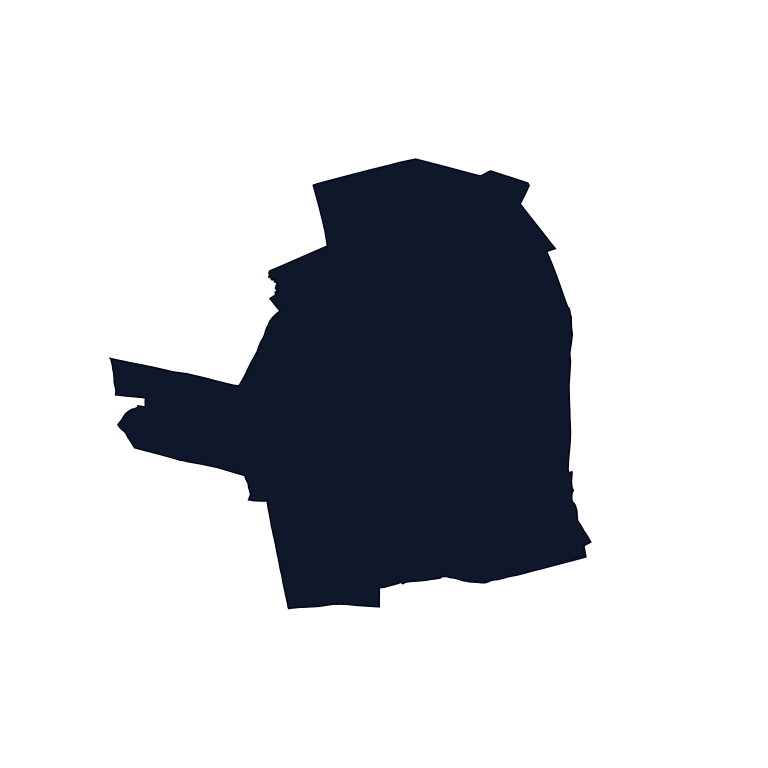 the district of Pochidia, Galati, Romania, rotated 206°
{"feature_id": "2599482B31598853043791", "entity_name": "Pochidia", "entity_type": "district", "adm_level": 2, "iso_a3": "ROU", "parent_name": "Romania", "parent_adm1": "Galati", "projection": "natural_earth1", "projection_center": [27.58, 46.045], "detail": "fine", "context": "isolated", "style": "filled", "palette": "ink", "viewbox_px": 768, "rotation_deg": 206, "n_neighbors": 0, "source": "geoboundaries", "source_scale": "gbopen_adm2", "svg_char_len": 6147}
<svg xmlns="http://www.w3.org/2000/svg" viewBox="0 0 768 768"><g transform="rotate(206 384 384)"><path d="M454.9,220.5L454.2,220.8L453.1,221.3L451.8,221.5L450.7,221.8L449.2,222.3L445.1,224.1L441.0,226.0L437.9,227.6L437.3,226.9L434.9,223.5L432.8,220.5L430.1,217.0L427.7,213.7L424.7,209.6L422.2,206.1L420.1,203.7L418.1,200.9L415.9,198.3L411.0,192.0L408.2,188.2L405.5,184.6L401.6,179.7L399.4,176.7L398.1,174.9L394.6,170.3L392.1,167.5L388.4,162.2L386.8,160.1L384.9,157.7L382.0,153.9L376.8,147.4L374.4,144.4L372.4,141.5L371.3,140.4L369.7,141.5L362.6,145.9L358.7,148.0L353.7,150.8L352.1,151.7L348.9,153.4L346.6,154.8L345.4,155.4L341.4,158.1L340.4,158.8L338.0,160.5L336.5,161.5L333.1,163.9L329.1,165.7L327.5,166.7L324.7,167.9L320.1,170.0L316.1,171.4L312.0,172.9L305.8,175.4L301.6,177.1L298.5,178.4L294.2,180.1L290.6,181.7L292.4,185.4L294.3,189.2L295.4,191.6L296.8,194.5L298.9,198.6L297.5,199.6L295.7,200.8L294.1,201.9L291.6,204.3L289.1,206.3L286.8,208.4L284.2,210.7L283.5,211.3L282.7,212.4L282.2,212.9L281.5,213.0L280.8,212.9L280.0,212.9L279.6,212.7L278.4,214.4L277.8,215.3L277.5,215.6L276.9,215.8L276.0,216.6L273.3,218.3L270.0,220.2L268.2,221.2L265.6,222.8L263.1,224.3L260.9,225.6L259.6,226.5L256.8,228.6L255.3,229.6L252.9,231.1L250.6,232.7L249.3,233.7L248.4,234.5L247.8,235.2L247.5,235.7L247.4,236.2L247.2,236.8L246.9,236.8L246.1,237.0L245.3,237.4L244.3,238.0L243.3,238.6L242.9,238.5L241.4,238.7L238.5,239.4L237.0,240.0L235.6,240.4L232.4,241.1L230.3,241.4L227.4,241.8L225.7,242.2L224.4,242.6L222.6,243.2L221.1,243.5L219.9,243.9L218.6,244.4L216.1,245.5L214.2,246.3L212.1,247.1L209.8,247.9L208.3,248.5L206.7,249.3L205.4,250.2L203.9,251.6L202.2,253.7L201.5,254.4L200.2,255.5L196.8,257.6L193.2,260.5L187.5,265.5L179.9,271.2L169.9,279.9L156.1,291.7L151.5,295.7L144.6,301.6L130.2,314.0L126.9,316.9L126.8,317.3L133.4,326.2L128.9,332.6L133.0,335.4L137.3,338.1L140.3,339.8L144.6,342.9L146.2,343.8L150.0,346.0L151.0,347.3L154.9,354.3L155.8,355.5L158.9,358.8L160.7,359.9L162.7,360.6L163.5,361.1L165.0,363.3L166.3,366.1L167.2,368.4L167.3,369.6L167.1,371.0L167.2,371.4L169.1,372.8L171.2,375.7L173.2,379.4L174.8,383.6L176.4,387.3L176.9,387.4L177.2,387.3L177.4,386.5L177.5,385.4L177.6,385.1L177.8,384.9L178.1,385.0L178.7,385.3L180.9,387.5L182.6,391.3L183.9,394.3L186.2,400.2L191.7,414.6L195.3,422.5L197.4,426.6L201.3,433.6L202.4,435.7L206.0,442.7L207.9,446.2L210.9,451.8L212.0,454.0L215.6,460.8L217.5,464.7L221.4,474.3L224.9,482.8L225.6,484.6L226.8,487.0L227.6,488.2L228.8,490.2L230.0,492.2L231.0,494.4L232.1,498.0L233.4,502.3L234.7,506.1L235.8,509.3L236.7,511.5L239.0,514.9L240.4,517.2L242.6,521.4L244.4,524.8L245.3,526.6L246.1,527.4L246.9,527.8L248.0,529.7L250.0,532.3L251.5,533.4L252.8,533.8L256.1,536.9L263.4,544.1L269.6,550.3L277.5,557.9L287.0,566.7L296.0,574.5L289.3,580.8L290.9,581.5L293.1,582.5L295.5,583.5L299.6,585.6L313.2,592.2L333.5,602.0L340.5,605.5L340.4,615.8L340.5,625.9L342.6,627.6L345.2,627.3L358.8,625.5L365.0,624.5L381.4,622.3L382.4,621.4L387.7,614.0L389.3,613.0L401.2,610.6L423.9,606.2L454.2,600.0L459.7,595.7L467.1,589.9L476.6,581.7L481.1,578.0L488.9,571.5L500.5,561.6L508.9,554.4L527.0,538.8L532.1,534.3L534.7,531.6L519.7,514.5L513.1,506.6L504.4,496.0L499.0,488.4L495.4,483.2L531.4,441.1L534.2,437.9L536.2,435.5L536.4,435.2L535.9,434.8L535.6,434.6L535.6,434.2L536.0,434.0L536.1,433.8L536.1,433.5L535.7,432.9L534.8,431.9L534.5,431.5L534.4,431.1L534.3,430.7L534.6,430.4L534.8,430.2L534.6,429.9L534.4,429.7L534.0,429.5L533.6,429.5L533.3,429.7L533.1,430.0L532.7,430.2L532.3,430.0L532.0,429.8L531.7,429.5L531.5,429.1L531.3,428.8L530.4,428.5L530.2,428.5L529.9,428.7L529.5,428.9L529.2,429.3L529.1,429.6L529.0,429.8L528.8,429.9L528.4,429.8L528.2,429.7L527.8,429.2L527.2,428.0L526.8,427.7L526.1,427.8L525.9,428.0L525.7,428.2L525.6,428.3L525.4,428.3L525.2,428.2L524.9,428.0L524.7,427.8L524.4,427.6L524.1,427.1L523.9,427.1L523.8,427.3L523.5,427.1L523.3,426.9L523.4,426.6L523.6,426.1L524.2,425.4L524.1,425.1L524.0,424.7L523.1,423.8L523.1,423.6L523.3,423.5L523.6,423.3L523.7,423.1L523.6,422.7L523.0,422.2L522.9,422.1L522.6,422.0L522.2,421.8L521.7,421.5L520.8,421.3L520.1,421.2L519.9,421.1L519.6,420.7L519.7,420.3L519.9,420.2L520.0,420.0L520.0,419.7L520.4,419.6L520.8,420.0L521.1,420.0L521.2,419.9L521.4,419.6L521.4,419.4L521.8,419.5L522.0,419.4L522.1,419.1L522.0,418.8L520.9,417.2L520.7,417.2L520.0,417.3L520.0,417.2L524.0,410.8L517.9,407.9L509.3,403.9L510.7,401.6L511.8,399.1L512.5,397.0L513.0,395.4L513.3,394.5L513.9,391.6L514.1,390.3L514.1,389.2L513.9,386.9L513.8,385.1L514.0,383.8L514.0,383.1L513.8,380.8L513.4,378.3L513.0,376.2L512.8,374.3L512.8,372.6L512.9,371.0L513.1,369.2L513.2,367.9L513.0,365.4L512.9,363.3L512.8,361.5L512.5,359.9L512.3,358.3L512.2,357.4L512.4,354.3L512.7,349.5L512.8,346.7L512.9,342.1L512.9,339.2L512.8,334.7L512.8,331.3L512.8,329.5L513.1,324.1L513.3,322.7L513.4,320.3L513.6,318.9L514.8,318.2L516.8,317.5L519.9,316.6L522.6,316.0L527.7,314.9L537.3,312.9L547.9,310.8L558.5,308.4L564.4,307.1L567.5,306.2L572.4,304.5L575.7,303.4L579.8,302.2L584.2,301.2L586.1,300.8L589.1,300.1L599.5,297.7L605.0,296.2L610.1,295.0L618.2,292.7L619.1,292.5L620.0,292.2L629.5,289.9L633.1,288.9L641.2,287.0L640.3,286.5L638.1,283.9L636.5,282.1L634.5,278.9L633.8,278.0L631.2,274.5L628.3,269.5L627.1,267.1L626.2,265.9L624.4,263.6L623.4,262.5L622.5,261.3L621.6,259.7L620.8,257.6L620.5,256.5L619.9,256.8L619.3,257.1L608.4,260.9L604.7,262.4L599.4,264.4L596.3,265.6L592.1,266.9L591.9,266.2L591.1,263.9L590.0,261.8L588.5,258.7L590.8,257.9L593.0,257.3L595.7,256.4L594.9,255.5L596.6,253.2L597.6,252.1L599.1,251.1L600.0,250.0L601.4,247.7L602.7,245.3L603.3,243.4L603.6,241.5L603.7,239.9L604.0,236.7L604.7,233.9L605.4,230.9L604.0,230.0L602.9,229.4L601.2,228.8L599.2,228.1L597.4,227.7L595.1,226.9L592.7,225.4L591.4,224.2L589.7,223.2L587.5,222.0L582.2,218.6L580.4,217.5L580.2,217.4L569.9,219.4L557.0,222.0L537.3,225.7L533.3,226.2L532.6,226.8L527.2,227.9L513.0,232.0L496.9,236.0L468.8,240.7L468.6,240.5L467.7,239.2L465.9,237.5L465.4,237.2L463.9,236.0L463.4,235.9L462.6,234.9L462.2,235.0L461.7,234.0L461.4,233.3L460.7,232.3L459.9,231.3L459.1,230.4L456.9,227.9L455.6,226.4L455.5,226.2L455.4,225.1L454.9,220.5Z" fill="#0f172a" stroke="#020617" stroke-width="1.5"/></g></svg>